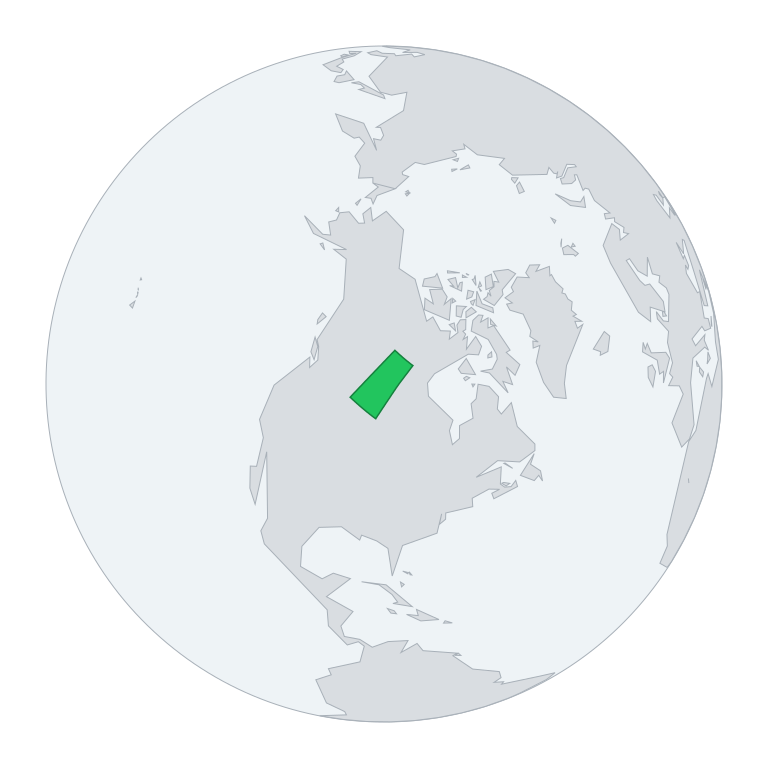 Saskatchewan on an orthographic globe, rotated 40°
{"feature_id": "CAN-631", "entity_name": "Saskatchewan", "entity_type": "Province", "adm_level": 1, "iso_a3": "CAN", "parent_name": "Canada", "parent_adm1": "", "projection": "orthographic", "projection_center": [-105.491, 54.496], "detail": "fine", "context": "on_globe", "style": "filled", "palette": "green", "viewbox_px": 768, "rotation_deg": 40, "n_neighbors": 0, "source": "natural_earth", "source_scale": "10m", "svg_char_len": 11692}
<svg xmlns="http://www.w3.org/2000/svg" viewBox="0 0 768 768"><g transform="rotate(40 384 384)"><circle cx="384" cy="384" r="338" fill="#eef3f6" stroke="#a8b0b8"/><path d="M547.9,679.5L567.9,661.6L564.5,660.2L544.9,665.3L521.9,654.4L530.5,640.7L524.4,637.8L544.2,612.3L537.4,597.5L530.0,597.9L523.6,607.5L496.9,605.0L485.6,593.5L395.1,583.4L384.0,575.6L381.1,561.7L337.7,511.3L362.6,559.0L348.2,550.0L334.3,532.8L339.3,529.0L326.1,502.7L311.4,491.1L300.5,455.5L309.9,411.0L316.4,419.2L317.9,408.2L309.9,397.3L304.2,393.0L298.6,344.9L274.8,312.6L258.9,313.1L268.9,305.1L233.2,314.0L214.9,306.2L240.8,308.7L247.4,304.2L237.5,295.4L242.2,288.9L240.1,281.2L246.6,274.5L261.2,277.2L265.7,273.2L258.4,267.2L260.4,257.3L270.3,266.5L274.7,250.3L299.9,253.3L321.3,285.8L340.5,283.8L376.3,308.5L378.3,301.2L393.0,306.9L400.8,300.8L405.2,307.7L407.6,297.1L402.0,292.0L401.2,285.8L405.3,282.0L411.6,289.8L410.5,292.9L414.5,293.3L416.0,299.0L417.5,294.0L424.8,304.4L423.7,288.7L434.5,292.4L437.7,300.9L429.4,307.0L416.1,343.7L416.7,355.3L425.9,364.8L460.1,367.4L464.1,377.7L475.4,386.5L476.9,377.3L468.6,367.3L474.2,353.0L463.4,343.1L464.1,336.1L456.2,323.7L466.0,318.3L479.9,320.1L486.9,330.3L493.2,331.6L493.5,316.4L513.4,330.9L538.2,333.0L542.4,338.0L538.0,356.5L520.3,369.7L514.6,396.2L527.1,372.1L537.4,385.8L542.8,385.4L547.3,380.9L546.9,373.2L552.2,376.7L541.9,401.3L536.8,398.4L540.2,390.4L531.9,397.1L525.0,414.8L530.8,420.9L514.2,443.1L518.1,448.0L516.7,455.9L511.6,446.4L520.5,464.2L502.0,495.8L513.7,525.8L492.7,507.4L479.3,508.9L464.0,514.2L465.7,519.2L443.2,520.7L426.4,535.6L425.4,561.1L437.3,577.4L461.8,573.0L466.8,561.5L483.4,554.7L476.6,583.9L506.5,578.2L506.5,597.1L515.9,602.9L529.6,595.2L544.2,593.2L552.7,578.7L567.3,565.1L569.6,578.8L576.1,561.5L585.3,563.2L613.0,543.2L611.4,547.9L635.1,545.4L657.2,530.2L662.4,533.7L660.1,541.8L667.0,535.2L667.0,538.4L691.1,507.7L700.6,495.2L698.4,506.0L686.6,533.8L680.6,545.8L668.5,566.4L654.9,586.0L640.0,604.6L623.8,622.1L606.4,638.4L587.9,653.5L568.3,667.2L547.9,679.5ZM138.4,487.0L139.9,480.6L142.5,487.5L138.4,487.0ZM138.4,474.8L138.4,477.4L138.0,474.8L138.4,474.8ZM136.6,471.7L137.9,474.0L136.1,472.0L136.6,471.7ZM133.8,468.2L135.4,469.8L135.1,469.9L133.8,468.2ZM514.7,536.5L548.7,536.4L531.9,546.4L534.7,542.3L525.5,540.1L509.3,541.0L493.9,549.9L514.7,536.5ZM130.4,461.0L129.7,459.0L131.3,459.9L130.4,461.0ZM524.3,514.1L518.6,515.3L523.9,512.8L524.3,514.1ZM301.0,392.3L309.2,397.9L314.8,410.3L307.3,406.3L301.0,392.3ZM291.2,369.1L296.4,369.6L294.2,381.0L291.9,377.2L291.2,369.1ZM246.5,315.3L252.3,319.5L245.0,317.7L246.5,315.3ZM238.7,281.3L235.6,282.3L235.8,277.9L238.7,281.3ZM451.3,327.6L453.7,325.7L454.0,329.0L451.3,327.6ZM445.7,324.1L444.2,329.2L441.3,328.4L442.2,325.2L445.7,324.1ZM246.0,263.9L247.4,256.9L248.5,264.4L246.0,263.9ZM448.1,318.0L436.3,326.2L431.2,324.7L430.6,311.6L448.1,318.0ZM249.8,253.1L253.0,236.8L246.3,237.2L267.1,227.2L257.5,244.1L259.9,253.1L254.7,250.1L249.8,253.1ZM398.5,292.1L404.6,297.3L395.8,296.6L398.5,292.1ZM393.1,293.2L367.2,301.1L360.2,291.9L370.3,290.9L358.3,282.3L367.7,273.9L376.4,276.7L379.0,284.2L380.6,275.4L393.1,293.2ZM278.1,224.6L281.0,221.3L280.7,225.3L278.1,224.6ZM400.2,283.3L395.6,285.5L389.2,277.6L397.3,271.7L396.8,276.1L400.2,283.3ZM350.6,284.3L347.3,277.7L354.0,269.0L353.6,265.3L367.3,272.9L350.6,284.3ZM400.3,276.0L401.6,269.1L408.3,269.4L404.3,280.6L400.3,276.0ZM384.2,278.1L381.6,274.2L385.7,274.4L384.2,278.1ZM432.7,267.4L427.4,269.8L423.6,265.8L432.7,267.4ZM401.6,266.5L399.3,266.4L397.2,265.2L399.5,260.9L401.6,266.5ZM371.0,266.4L374.5,264.3L365.8,262.8L370.4,256.5L378.7,262.9L377.1,257.5L378.5,255.6L383.7,263.0L371.0,266.4ZM395.4,253.1L407.6,259.5L418.4,255.7L422.1,259.0L404.0,264.7L395.4,253.1ZM388.1,258.2L393.4,255.7L395.3,260.9L392.7,265.9L388.1,258.2ZM370.6,250.1L361.3,258.1L359.8,256.5L370.6,250.1ZM398.2,250.9L395.2,249.4L398.8,250.0L398.2,250.9ZM378.7,249.1L375.6,252.0L374.0,250.1L378.7,249.1ZM391.8,244.2L395.7,246.1L394.1,249.5L391.8,244.2ZM385.5,245.6L384.0,242.2L391.2,249.4L384.4,247.2L385.5,245.6ZM377.6,246.8L375.7,246.6L379.1,245.8L377.6,246.8ZM395.6,230.8L405.1,239.1L401.5,246.2L392.8,237.1L395.6,230.8ZM573.2,104.0L571.6,102.9L571.4,102.8L575.5,105.6L579.3,108.2L580.4,109.2L579.8,108.6L599.4,123.7L617.9,140.2L635.2,158.0L651.1,177.0L665.6,197.1L678.5,218.3L689.9,240.3L699.6,263.1L707.6,286.6L713.8,310.6L718.3,335.0L718.8,342.5L710.6,344.0L705.2,326.0L697.5,317.4L654.4,232.2L652.8,219.1L627.5,172.5L625.6,167.7L636.8,175.2L624.3,150.2L610.6,138.4L591.2,118.1L573.1,104.3L552.2,93.8L581.8,116.0L578.9,118.1L548.7,98.4L521.6,81.1L519.6,81.5L529.9,91.7L516.8,87.7L532.7,95.6L531.4,92.3L541.3,97.5L543.1,100.8L538.4,99.1L544.6,104.9L565.5,112.6L566.4,110.2L586.9,127.6L590.3,125.5L598.4,131.3L595.5,137.1L590.5,135.5L591.0,151.5L598.1,154.4L598.1,139.9L601.2,144.6L610.9,149.6L606.0,149.6L604.0,165.6L618.0,185.9L647.7,215.9L653.3,229.7L652.6,241.0L629.6,228.7L619.7,199.4L611.4,195.6L603.1,202.3L600.8,193.1L596.1,192.5L591.4,182.3L574.5,170.0L568.1,160.7L551.6,158.4L546.1,153.5L557.4,156.1L561.8,153.3L544.7,132.2L538.5,128.9L529.2,129.3L525.7,123.9L518.8,127.1L504.2,117.5L516.3,132.2L505.7,134.1L491.5,130.2L490.2,133.7L513.3,140.3L520.5,140.7L523.3,136.6L544.9,141.2L552.9,148.1L538.5,154.0L548.2,164.8L532.8,165.5L479.9,145.8L462.8,137.0L455.4,114.7L465.0,114.3L472.5,121.9L474.7,111.6L470.1,114.0L467.2,109.8L456.3,111.4L453.7,108.5L447.7,115.2L443.3,111.9L447.2,107.7L427.3,108.2L415.5,103.1L412.2,104.7L412.1,107.8L397.2,99.8L395.4,101.4L399.6,104.5L398.9,109.8L391.9,116.3L387.1,113.2L389.0,110.4L385.8,100.3L391.6,94.0L389.0,93.4L382.8,98.2L386.6,110.4L383.7,115.3L380.5,109.5L381.4,111.9L378.5,113.4L371.1,112.1L374.1,118.7L348.2,141.4L331.3,141.9L331.3,133.7L308.2,148.4L291.0,149.1L294.9,151.8L286.5,161.5L291.8,161.3L293.0,163.4L273.8,189.9L265.5,194.2L261.7,210.0L263.7,211.6L269.6,209.2L267.1,227.2L246.3,237.2L242.8,233.0L232.1,242.7L225.6,232.1L215.3,228.2L214.4,211.9L206.3,210.8L203.1,214.9L189.6,216.9L173.3,208.2L200.9,197.3L228.2,209.8L218.3,202.8L224.8,199.3L223.9,193.8L216.5,189.7L213.1,192.3L223.2,162.0L214.0,145.8L204.2,157.8L193.7,162.7L174.7,157.9L176.5,131.3L162.4,140.0L158.6,140.7L164.3,133.3L170.0,131.8L179.7,124.3L182.0,125.0L193.1,113.5L196.9,114.0L203.6,105.4L196.3,108.6L185.1,118.1L189.3,111.2L172.4,122.5L165.6,126.4L169.0,123.3L188.1,108.7L208.2,95.4L229.2,83.6L251.0,73.3L273.5,64.6L296.6,57.6L320.1,52.2L343.9,48.5L367.9,46.5L392.0,46.2L416.1,47.6L439.9,50.7L463.6,55.6L486.8,62.1L509.5,70.2L531.5,80.0L552.8,91.3L573.2,104.0ZM677.9,260.7L681.2,263.9L677.9,260.7ZM498.5,67.2L478.6,60.2L478.0,62.2L470.3,59.9L473.0,61.6L478.1,62.4L483.0,67.3L471.1,64.4L468.6,65.7L475.1,68.2L496.3,73.0L489.4,65.6L498.0,67.8L498.5,67.2ZM613.8,542.4L617.4,542.5L613.2,545.9L613.8,542.4ZM530.9,553.8L537.5,551.2L541.3,552.0L536.5,555.1L530.9,553.8ZM583.0,526.1L589.9,523.1L583.3,528.9L583.0,526.1ZM553.8,535.8L577.5,529.1L564.5,541.8L549.4,546.0L559.1,539.4L553.8,535.8ZM523.9,525.1L528.3,524.5L527.9,528.1L523.9,525.1ZM528.1,512.4L526.6,513.4L523.9,511.7L528.1,512.4ZM538.0,384.3L539.0,382.5L544.2,379.3L543.0,383.6L538.0,384.3ZM559.7,349.9L567.8,356.4L561.2,354.5L561.2,361.4L547.2,366.3L543.8,340.8L547.8,351.3L559.7,349.9ZM527.5,366.7L536.8,365.9L526.8,367.8L527.5,366.7ZM575.3,201.3L577.1,196.9L583.9,199.8L591.9,213.4L582.2,209.1L575.3,201.3ZM578.0,190.1L561.4,193.2L555.7,185.5L561.7,189.2L559.6,183.7L568.7,188.4L579.5,178.6L586.2,180.7L597.4,203.6L590.0,194.7L588.8,199.3L578.0,190.1ZM529.1,220.0L521.9,222.7L519.0,202.2L526.1,202.2L534.6,215.2L531.2,223.0L529.1,220.0ZM449.3,293.9L446.8,297.3L445.0,295.0L445.7,290.2L449.3,293.9ZM430.5,268.8L458.8,277.0L457.3,281.2L475.6,281.8L478.8,293.1L466.8,292.2L482.9,301.8L473.4,305.6L484.8,311.0L457.7,307.8L449.7,312.1L457.4,302.9L454.8,292.2L451.2,288.9L435.2,282.9L416.8,287.4L411.2,278.1L412.1,270.3L415.7,267.8L418.2,274.5L421.2,266.4L427.6,274.2L430.5,268.8ZM426.6,192.6L428.0,200.1L435.1,187.6L441.5,194.4L441.9,192.5L449.7,195.5L460.0,196.0L461.7,199.9L465.0,198.5L470.2,200.7L475.3,200.1L480.1,207.1L486.7,207.1L485.2,210.5L495.2,208.8L490.0,213.3L496.3,216.9L498.0,210.6L511.9,252.5L521.8,267.6L532.9,278.0L522.4,285.1L505.2,280.2L486.6,269.5L478.6,254.3L475.2,260.6L470.4,255.4L475.1,252.6L465.1,253.8L462.3,248.8L445.7,241.0L433.0,246.5L426.6,244.0L430.2,239.4L421.3,240.2L423.8,230.0L419.3,228.1L417.2,216.5L426.9,209.2L421.1,207.7L419.2,199.2L426.6,192.6ZM395.4,227.4L405.5,216.4L413.9,214.9L414.0,235.9L417.7,239.0L418.0,253.0L405.8,255.1L406.8,250.8L405.0,247.2L409.6,248.0L404.5,244.7L405.8,238.8L402.2,234.7L406.4,232.2L395.4,227.4ZM618.6,161.0L616.3,157.3L611.5,151.2L617.5,154.6L618.6,161.0ZM617.8,172.0L615.0,168.2L621.1,169.4L623.5,173.6L617.8,172.0ZM608.2,165.5L614.3,167.9L612.4,169.1L608.2,165.5ZM554.2,152.9L550.6,149.4L552.2,148.7L556.7,150.2L554.2,152.9ZM449.0,159.1L448.4,163.1L446.1,162.9L438.6,169.3L433.3,165.2L435.7,159.6L449.0,159.1ZM560.2,98.2L568.5,103.1L569.9,104.6L566.8,102.5L560.2,98.2ZM596.7,128.3L590.8,121.7L598.4,129.3L596.7,128.3ZM441.9,155.6L439.4,158.7L438.3,154.8L441.9,155.6ZM429.0,162.5L426.7,158.4L431.7,165.4L429.0,162.5ZM392.9,128.3L409.2,123.6L417.5,118.2L416.6,111.9L424.9,119.2L412.1,127.4L392.9,128.3ZM354.2,139.9L355.1,146.1L350.1,145.3L349.2,143.8L354.2,139.9ZM358.0,142.2L367.7,146.3L365.2,151.1L358.0,146.9L358.0,142.2ZM405.3,149.4L410.5,148.2L411.3,151.3L405.3,149.4ZM141.5,157.0L145.5,154.7L141.5,160.5L139.9,160.4L141.5,157.0ZM132.1,178.6L141.7,161.3L150.1,148.5L145.4,152.9L143.4,151.6L152.9,144.1L150.2,151.8L143.1,162.0L146.2,163.1L143.5,171.0L150.6,169.3L150.8,173.2L142.2,178.0L132.1,178.6ZM154.0,168.3L165.4,170.1L155.9,182.1L151.3,184.4L150.1,178.3L155.1,172.3L154.0,168.3ZM165.4,174.2L170.5,168.6L197.9,162.9L201.3,164.8L175.4,174.6L178.8,169.9L173.7,169.5L165.4,174.2ZM277.9,220.2L280.8,221.2L277.1,222.8L277.9,220.2ZM296.1,163.1L297.2,166.3L292.8,167.8L296.1,163.1ZM297.8,176.0L301.9,172.1L299.5,177.5L297.8,176.0ZM310.9,163.3L304.5,171.1L307.8,161.9L310.9,163.3Z" fill="#d9dde1" stroke="#a8b0b8" stroke-width="1"/><path d="M389.6,416.4L389.0,416.4L388.2,416.4L387.3,416.4L386.5,416.4L385.7,416.4L384.8,416.4L383.9,416.4L383.1,416.4L382.2,416.4L381.4,416.4L380.5,416.4L379.7,416.4L378.8,416.4L378.0,416.3L377.1,416.3L376.3,416.3L375.4,416.3L374.6,416.2L373.7,416.2L372.9,416.2L372.0,416.1L371.2,416.1L370.3,416.1L369.5,416.0L368.6,416.0L367.8,415.9L366.9,415.9L366.6,415.9L366.7,413.8L366.8,411.8L366.9,409.8L367.1,407.7L367.2,405.7L367.3,403.7L367.4,401.7L367.6,399.7L367.7,397.6L367.8,395.6L367.9,393.6L368.1,391.6L368.2,389.6L368.3,387.5L368.4,385.5L368.6,383.5L368.7,381.5L368.8,379.4L369.0,377.4L369.1,375.4L369.2,373.4L369.4,371.3L369.5,369.3L369.6,367.3L369.8,365.3L369.9,363.3L370.0,361.2L370.2,359.2L370.3,357.2L370.4,355.2L370.6,353.2L370.7,351.2L372.2,351.3L373.7,351.3L375.1,351.4L376.6,351.5L378.1,351.5L379.5,351.5L381.0,351.6L382.5,351.6L384.0,351.6L385.4,351.6L386.9,351.6L388.4,351.5L389.9,351.5L391.3,351.5L392.8,351.4L394.3,351.3L394.3,352.0L394.4,352.7L394.4,353.3L394.4,354.0L394.6,357.3L394.8,360.7L394.9,364.0L395.1,367.3L395.2,369.5L395.3,371.6L395.4,373.8L395.6,375.9L395.7,377.2L395.8,378.4L395.9,379.7L396.1,381.0L396.2,382.2L396.3,383.5L396.5,384.7L396.6,386.0L396.7,387.3L396.9,388.5L397.0,389.8L397.2,391.0L397.3,392.3L397.4,393.5L397.6,394.8L397.7,396.1L397.8,397.3L398.0,398.6L398.1,399.8L398.3,401.1L398.4,402.3L398.5,403.6L398.7,404.9L398.8,406.1L399.0,407.4L399.1,408.6L399.3,409.9L399.4,411.1L399.5,412.4L399.7,413.6L399.8,414.9L400.0,415.9L399.2,416.0L398.4,416.0L397.5,416.1L396.7,416.1L395.8,416.2L395.0,416.2L394.1,416.2L393.3,416.3L392.4,416.3L391.6,416.3L390.7,416.3L389.9,416.3L389.6,416.4Z" fill="#22c55e" stroke="#15803d" stroke-width="1.5"/></g></svg>